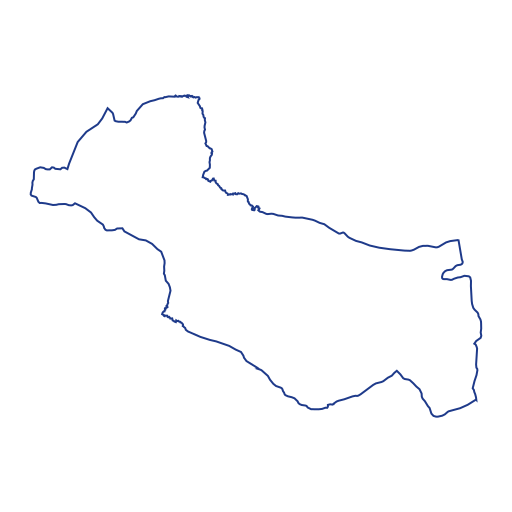 Aceh Tengah, Aceh, Indonesia (orthographic projection)
{"feature_id": "22746128B89023327523654", "entity_name": "Aceh Tengah", "entity_type": "district", "adm_level": 2, "iso_a3": "IDN", "parent_name": "Indonesia", "parent_adm1": "Aceh", "projection": "orthographic", "projection_center": [96.82, 4.563], "detail": "fine", "context": "isolated", "style": "outline", "palette": "blue", "viewbox_px": 512, "rotation_deg": 0, "n_neighbors": 0, "source": "geoboundaries", "source_scale": "gbopen_adm2", "svg_char_len": 6037}
<svg xmlns="http://www.w3.org/2000/svg" viewBox="0 0 512 512"><path d="M124.4,231.4L139.0,239.3L145.8,240.4L152.1,243.9L157.4,249.1L161.2,251.7L164.5,260.4L164.6,263.2L164.1,266.6L164.3,270.8L163.9,273.7L164.8,275.2L165.8,280.7L168.6,283.9L169.9,287.3L170.5,290.7L167.9,301.1L168.2,302.9L167.7,303.6L167.4,304.8L166.5,305.9L167.2,306.2L167.5,307.1L166.4,307.9L165.0,308.2L164.9,308.6L165.4,309.2L165.4,309.7L164.8,310.1L164.5,311.4L163.7,311.4L162.7,312.5L162.1,314.2L162.9,314.7L163.7,314.9L163.9,315.8L164.7,316.2L165.1,315.6L167.3,315.7L167.6,316.9L168.3,317.3L169.2,316.9L170.0,317.9L170.3,318.6L172.2,318.4L172.6,320.4L173.9,321.0L174.3,321.5L175.8,322.1L176.2,320.4L177.1,321.1L178.3,320.8L178.9,321.5L180.3,321.8L180.4,322.4L181.6,322.8L183.0,324.4L182.8,326.0L183.3,326.1L183.7,326.8L185.2,328.0L185.8,329.8L188.0,331.5L200.4,336.9L209.8,339.9L216.2,341.4L229.2,345.9L235.7,349.6L241.0,352.0L243.4,355.7L244.0,357.7L246.5,361.1L257.8,368.1L258.8,368.9L258.3,369.0L260.7,369.8L261.7,370.4L267.9,375.9L270.0,379.7L273.3,383.8L276.0,386.0L280.6,387.6L281.7,388.2L282.4,389.2L283.0,391.1L284.1,392.7L284.5,394.0L285.3,395.1L287.9,396.3L291.7,397.2L294.5,398.3L297.6,401.3L298.4,403.0L299.6,404.1L301.7,405.0L305.2,405.5L306.5,405.9L307.7,407.5L311.1,409.2L318.5,409.3L322.1,408.9L325.5,407.7L327.2,407.8L327.9,406.7L327.9,404.9L330.2,404.3L332.5,404.6L333.6,403.7L333.8,403.9L334.3,403.2L336.6,401.5L338.7,400.7L344.2,399.3L352.5,396.4L355.3,395.8L357.4,395.9L358.4,395.6L360.6,394.3L373.2,384.9L375.9,383.4L381.5,382.0L383.3,381.2L387.9,377.7L391.8,375.7L394.3,372.9L396.8,370.8L400.4,374.4L403.2,378.2L404.7,379.0L408.4,379.6L409.9,380.2L413.3,383.3L416.3,386.5L419.5,389.2L421.6,393.5L421.8,396.7L422.6,398.6L424.9,401.2L427.9,406.1L429.6,408.0L431.4,413.6L433.5,415.9L436.2,416.7L437.7,416.7L442.2,415.7L444.8,414.4L447.8,411.8L448.7,411.3L460.1,408.2L467.7,404.8L476.0,399.6L476.3,399.9L476.0,397.3L475.2,394.2L474.3,392.0L473.9,390.0L472.7,388.3L474.5,381.1L476.5,375.1L477.4,370.2L477.2,368.8L476.4,367.7L476.1,364.5L477.1,348.6L476.7,347.0L475.7,344.6L474.3,343.7L476.2,341.0L480.6,337.9L481.3,335.8L480.7,332.5L481.2,328.7L481.1,323.5L481.0,321.5L480.4,319.4L478.5,316.1L478.3,314.1L477.6,312.6L474.6,309.7L473.3,307.9L472.1,304.0L471.7,300.9L470.9,286.2L471.0,280.8L470.2,277.4L468.8,276.3L464.4,275.8L460.5,277.2L457.8,277.5L454.1,278.7L451.9,279.8L450.6,279.9L446.8,279.1L443.7,279.1L442.7,278.8L442.2,278.2L442.0,276.9L442.7,274.2L443.5,272.8L445.2,271.1L447.1,270.2L451.9,269.6L453.1,268.8L455.6,266.1L457.3,265.2L460.7,264.7L462.1,263.8L462.6,262.8L462.7,261.8L461.8,259.4L458.4,239.5L458.4,240.0L450.2,241.1L446.1,242.4L438.7,246.8L437.1,247.3L435.5,247.3L427.9,245.8L422.8,245.9L419.0,246.9L413.9,249.7L411.6,250.5L410.1,250.8L404.5,250.6L390.0,249.2L379.2,247.7L369.7,245.5L361.7,242.4L356.0,240.9L349.4,237.8L347.8,236.7L344.5,233.2L343.6,232.6L343.0,232.5L340.0,233.6L338.8,233.5L329.2,227.8L324.3,224.2L319.7,222.9L314.9,220.6L312.6,219.8L302.3,217.6L295.8,217.7L292.1,217.4L285.3,216.6L282.1,215.8L278.1,215.5L273.3,213.9L271.4,213.7L267.7,214.1L266.3,213.9L262.5,212.1L260.0,211.7L259.3,211.2L258.3,210.2L258.9,209.7L259.5,208.4L258.2,207.7L258.5,206.9L258.4,206.5L257.2,206.2L257.0,206.4L256.6,206.2L255.3,207.7L254.9,207.8L254.5,208.6L254.7,209.8L254.2,210.3L252.1,209.9L251.8,209.2L252.0,208.6L252.4,208.4L252.4,207.9L252.7,207.9L253.0,206.6L251.9,205.5L250.6,205.4L250.4,204.8L249.5,204.2L249.0,203.4L248.7,202.2L248.4,202.2L247.8,201.2L247.9,199.3L246.6,196.0L246.0,195.8L245.5,195.3L244.9,195.3L244.5,194.7L243.0,194.1L242.0,194.0L241.0,193.4L239.0,193.7L238.2,193.2L237.1,194.3L235.5,194.1L235.3,193.2L234.0,193.6L233.2,193.5L232.9,194.5L232.1,194.1L230.6,194.5L230.2,194.1L229.0,194.7L228.0,194.8L228.1,194.3L227.6,193.6L226.0,192.7L225.4,191.7L225.1,190.5L223.1,190.5L221.4,189.2L221.5,188.5L221.2,188.1L220.1,187.6L219.2,186.0L218.1,185.2L217.8,184.2L216.6,183.5L215.7,182.4L215.6,180.7L214.3,180.5L213.7,178.5L213.0,178.6L212.0,180.4L210.6,180.9L210.3,181.7L208.4,180.9L208.3,180.2L207.7,179.8L207.8,179.3L207.3,179.0L206.1,179.1L205.9,178.4L204.5,178.0L203.7,177.3L202.7,177.2L203.2,174.8L204.4,171.7L205.7,170.9L207.0,170.6L209.8,167.8L209.9,164.7L209.5,162.1L209.9,160.5L209.9,158.1L210.5,156.5L211.8,154.8L212.0,153.4L211.4,153.0L211.7,152.2L212.4,151.6L211.7,149.2L210.3,148.3L209.7,148.3L207.6,146.2L206.6,146.0L205.4,143.4L206.1,142.3L206.2,141.0L204.1,132.8L204.3,131.0L205.0,129.6L204.5,127.5L204.6,125.8L205.4,122.4L204.8,120.0L205.0,118.2L204.2,117.8L203.6,116.8L203.3,114.9L202.5,113.7L202.7,111.0L202.2,110.5L202.4,109.4L202.1,108.7L201.9,108.3L201.4,108.5L200.4,107.9L199.9,106.2L197.7,102.9L198.5,100.0L199.5,99.0L199.5,98.2L198.9,97.7L198.7,97.2L198.3,97.4L197.0,97.1L195.6,97.6L194.6,97.0L193.4,97.4L192.9,97.1L192.7,96.4L192.0,95.9L190.9,96.1L190.5,96.0L190.5,96.3L189.0,95.3L188.6,95.9L188.0,95.9L187.3,95.3L187.1,95.5L187.9,97.2L186.6,96.8L186.6,95.7L184.7,95.9L184.3,95.6L182.7,96.3L180.3,96.1L180.6,96.5L179.4,96.3L178.5,96.7L177.6,96.7L176.7,96.5L175.6,95.5L175.3,95.7L175.4,96.5L174.8,96.7L168.7,96.4L165.2,97.2L164.4,97.1L163.0,98.2L160.8,98.3L158.7,98.8L154.6,100.2L150.3,101.2L142.8,104.2L136.8,111.0L135.8,113.5L133.3,117.3L131.9,117.8L130.5,120.4L129.1,121.5L126.7,122.5L125.0,121.8L118.2,121.7L115.7,121.2L114.6,120.6L113.1,114.1L112.5,112.8L107.6,108.2L102.2,118.5L97.8,124.3L86.4,131.8L77.7,142.0L69.1,163.6L67.4,169.1L64.3,167.6L62.1,167.8L60.4,169.3L55.3,168.8L53.8,167.6L52.0,167.3L49.8,169.4L47.5,169.4L45.7,169.1L43.8,167.9L40.2,167.3L36.4,168.7L34.9,169.5L34.3,170.7L34.0,172.2L33.8,179.3L32.8,180.9L32.4,182.6L32.5,184.7L31.9,188.1L31.9,189.2L30.8,192.7L30.7,194.4L31.5,195.6L35.8,197.0L36.7,197.8L38.4,201.8L39.7,203.0L41.5,202.9L45.6,203.4L53.0,205.0L56.3,204.8L58.7,204.2L64.4,204.0L65.9,204.1L68.9,205.2L71.2,205.4L72.7,205.1L75.0,203.3L85.3,208.2L91.0,212.5L94.2,217.2L97.2,220.7L102.9,224.6L103.8,226.4L104.2,228.0L105.5,229.8L106.8,230.4L112.1,230.3L114.9,229.9L117.1,228.5L122.4,228.3L124.4,231.4Z" fill="none" stroke="#1e3a8a" stroke-width="2"/></svg>